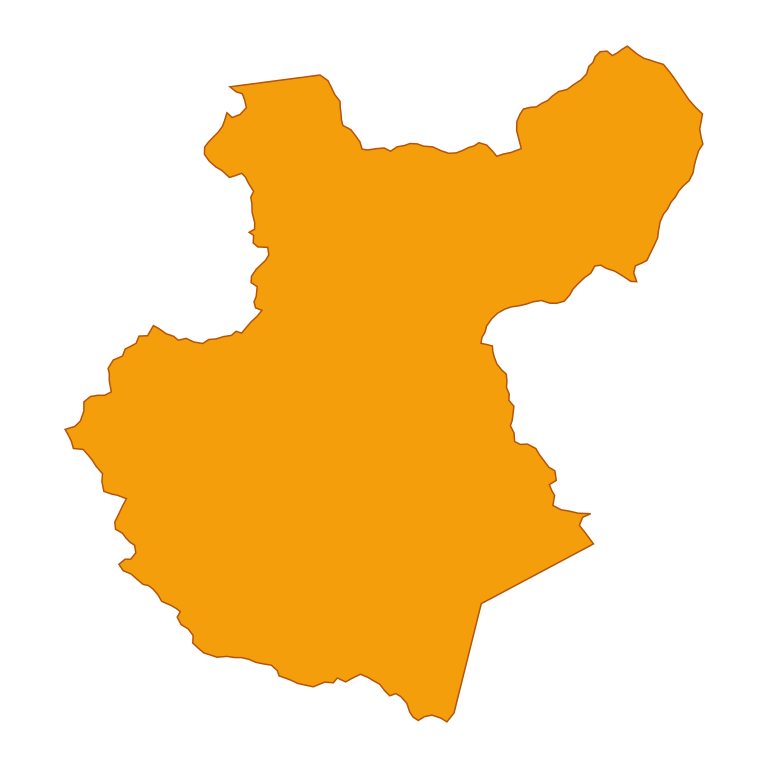 outline of Catunda, Ceará, Brazil
{"feature_id": "56859067B3960254179000", "entity_name": "Catunda", "entity_type": "district", "adm_level": 2, "iso_a3": "BRA", "parent_name": "Brazil", "parent_adm1": "Ceará", "projection": "mercator", "projection_center": [-40.173, -4.631], "detail": "fine", "context": "isolated", "style": "filled", "palette": "amber", "viewbox_px": 768, "rotation_deg": 0, "n_neighbors": 0, "source": "geoboundaries", "source_scale": "gbopen_adm2", "svg_char_len": 3962}
<svg xmlns="http://www.w3.org/2000/svg" viewBox="0 0 768 768"><path d="M593.5,543.9L585.4,533.0L579.4,525.4L582.6,517.3L590.7,513.7L578.1,513.2L568.3,510.9L561.4,509.9L552.9,505.5L554.6,495.5L551.8,490.7L549.3,484.6L556.3,480.4L554.9,470.9L548.7,467.1L539.0,454.1L535.8,448.5L527.5,444.1L520.1,444.4L514.6,441.5L514.0,432.9L510.4,425.8L512.2,420.4L513.1,413.4L513.9,406.3L508.9,400.4L509.2,394.0L506.5,387.6L506.9,381.0L506.3,374.2L501.6,369.9L496.9,364.1L494.2,356.9L492.8,351.4L492.4,346.0L487.2,344.6L481.0,343.3L481.9,337.5L485.1,332.0L486.6,326.0L491.9,318.6L497.8,313.0L504.6,309.2L511.2,306.9L518.9,305.8L526.3,304.1L533.1,301.8L541.4,300.5L549.9,303.2L556.7,303.3L564.2,301.2L569.5,295.3L573.1,289.0L577.5,284.3L584.6,277.5L590.8,273.2L594.8,266.0L600.8,265.2L606.4,268.4L614.6,271.1L619.6,274.0L624.3,277.0L630.8,281.4L636.7,281.7L633.7,272.8L635.4,265.8L642.0,263.0L646.9,260.4L649.9,254.2L653.8,246.2L657.6,238.0L658.5,230.4L660.2,221.5L663.5,214.1L667.5,209.1L671.1,202.0L675.2,197.2L678.8,191.0L683.1,186.0L689.1,180.7L693.2,172.5L694.0,166.9L695.8,159.7L698.7,150.5L702.9,144.1L701.1,137.3L699.7,129.0L701.1,121.7L702.5,113.9L696.1,107.9L689.1,100.1L684.9,93.9L679.9,86.6L674.7,78.9L670.0,72.4L663.4,64.4L655.8,62.1L649.7,60.0L643.8,58.3L637.0,54.0L627.3,46.1L621.9,49.4L617.3,52.9L612.3,55.6L607.0,51.1L600.1,51.7L595.2,56.7L592.8,62.6L588.8,66.4L586.6,73.9L581.1,79.8L574.3,84.2L566.9,89.6L558.7,91.5L552.2,96.2L547.8,100.5L541.6,103.4L536.4,106.9L530.5,107.3L523.4,109.0L519.8,114.6L516.9,121.4L516.6,130.5L521.3,148.6L511.2,152.4L502.8,154.2L496.6,156.3L492.8,151.4L486.6,145.0L478.9,142.7L474.2,145.9L468.9,147.4L462.5,150.5L456.3,152.9L448.9,153.3L441.5,150.9L432.5,146.8L423.6,146.2L417.4,143.9L410.1,143.5L404.2,145.6L397.1,146.8L390.6,151.2L384.2,148.0L376.5,148.6L367.7,150.0L362.0,149.1L360.0,142.0L355.8,136.1L350.9,129.7L342.9,125.5L341.4,119.6L340.9,112.8L340.2,107.2L340.0,101.3L334.7,94.5L331.5,87.7L327.9,80.6L320.0,75.0L229.9,86.8L236.3,91.9L242.3,93.7L244.6,99.8L246.4,107.7L240.0,114.5L232.2,117.5L226.9,112.8L224.7,120.2L222.6,126.1L218.2,132.2L213.4,137.0L208.5,142.0L204.7,147.1L204.4,154.2L209.3,161.2L215.8,166.9L222.2,170.7L229.4,177.4L235.2,175.7L241.7,173.3L245.5,177.2L248.5,183.3L253.6,191.4L250.8,197.2L251.9,204.0L252.1,212.3L254.7,222.7L254.6,229.2L249.1,232.3L253.6,235.3L253.2,243.0L257.9,246.9L267.7,247.4L268.8,254.8L265.5,260.4L256.2,269.3L251.5,276.2L251.1,282.6L257.2,286.7L256.2,296.4L254.0,302.0L255.6,307.9L262.0,310.3L257.2,316.2L251.1,321.8L241.6,333.1L236.1,331.3L231.4,335.4L223.5,336.6L215.8,339.0L208.7,339.5L202.9,343.5L193.8,342.0L186.1,338.4L178.2,340.2L173.7,336.3L166.1,333.7L158.9,328.6L153.4,325.6L147.6,335.7L139.0,336.1L136.1,343.3L130.7,346.3L125.2,349.0L122.5,356.1L113.4,359.9L108.1,368.4L109.3,373.6L109.3,381.0L111.3,391.9L104.6,395.3L97.8,395.3L90.5,396.5L83.9,401.9L83.9,411.0L80.4,421.0L74.9,426.4L65.1,429.4L68.1,434.7L71.3,441.1L73.4,448.5L83.1,449.4L88.4,455.3L92.4,460.4L96.1,466.2L102.5,473.7L101.9,481.6L103.9,491.4L111.7,494.1L117.2,495.2L126.4,498.7L122.5,506.0L119.0,513.5L114.8,522.0L115.5,529.2L122.5,533.3L125.7,537.7L130.2,542.4L134.6,545.2L135.8,552.8L130.7,559.2L125.1,559.2L118.9,564.3L123.2,570.7L131.1,574.0L137.8,579.9L143.1,584.4L148.6,585.6L153.1,589.1L158.1,595.0L161.7,601.4L170.8,605.3L176.0,608.3L180.3,611.6L177.2,617.1L181.1,624.6L188.2,628.9L193.1,635.5L192.8,643.1L199.3,649.1L203.8,652.9L209.4,654.7L217.0,657.2L226.9,656.4L235.0,657.6L241.6,657.6L248.7,659.3L256.1,662.4L264.4,664.1L271.2,665.1L277.3,670.6L279.1,675.9L285.5,678.1L292.1,680.7L297.6,683.4L304.4,684.9L313.2,686.8L324.7,682.1L333.3,682.8L337.4,678.0L345.6,681.9L351.7,678.5L360.5,674.2L367.9,677.4L372.9,680.4L379.7,684.2L384.7,690.7L389.8,695.8L395.9,693.6L400.9,696.6L406.9,703.4L409.7,712.0L413.0,717.0L418.2,720.5L424.4,716.7L431.9,715.1L440.9,718.1L446.9,721.9L454.1,712.8L456.0,704.9L458.0,696.9L481.3,603.6L593.5,543.9Z" fill="#f59e0b" stroke="#b45309" stroke-width="1.5"/></svg>